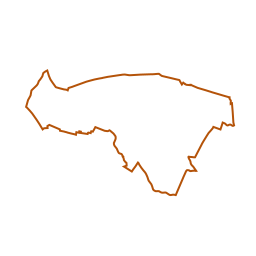 Binh Tan, Hồ Chí Minh city, Vietnam (Albers equal-area conic projection), rotated 280°
{"feature_id": "81297802B42527210401893", "entity_name": "Binh Tan", "entity_type": "district", "adm_level": 2, "iso_a3": "VNM", "parent_name": "Vietnam", "parent_adm1": "Hồ Chí Minh city", "projection": "albers", "projection_center": [106.592, 10.769], "detail": "fine", "context": "isolated", "style": "outline", "palette": "amber", "viewbox_px": 256, "rotation_deg": 280, "n_neighbors": 0, "source": "geoboundaries", "source_scale": "gbopen_adm2", "svg_char_len": 3623}
<svg xmlns="http://www.w3.org/2000/svg" viewBox="0 0 256 256"><g transform="rotate(280 128 128)"><path d="M149.0,232.0L151.8,230.8L162.0,228.3L170.4,226.1L169.8,225.0L169.7,224.9L170.5,224.7L171.7,224.7L172.8,224.5L173.7,223.7L174.7,222.8L175.9,222.7L175.9,221.5L176.5,215.9L177.0,211.6L177.8,204.5L178.0,203.2L178.7,197.7L179.5,190.7L179.6,189.7L180.5,185.9L181.0,183.8L181.3,183.0L181.4,182.6L181.5,182.5L181.4,181.9L181.0,181.9L180.7,178.3L180.8,177.6L181.1,176.6L181.3,176.6L181.5,176.2L182.0,174.8L182.2,174.5L180.2,173.5L182.8,171.3L184.0,170.4L184.2,169.9L184.2,168.8L184.3,166.9L184.6,162.2L184.9,156.7L185.1,153.3L185.2,152.4L185.2,152.1L185.3,151.9L185.4,151.7L186.3,149.9L186.6,149.3L186.7,149.1L186.7,148.8L186.6,148.5L186.5,147.9L185.5,144.2L185.0,142.0L184.7,140.3L182.8,131.3L182.0,127.9L180.4,121.2L180.2,119.9L180.1,115.6L179.6,113.4L179.0,111.7L178.6,110.4L177.7,107.7L175.4,100.8L174.9,99.3L173.0,94.4L172.8,94.1L171.7,91.0L170.0,86.7L167.7,81.7L166.4,79.0L159.8,67.5L158.9,66.0L157.1,62.5L154.6,62.1L155.0,60.8L154.9,58.1L155.3,53.2L155.6,50.2L155.8,49.7L159.7,45.7L162.3,43.2L165.5,41.1L170.6,38.5L169.3,36.8L167.5,35.1L166.3,34.9L164.1,34.7L162.9,34.2L160.5,33.1L158.6,32.0L157.2,31.8L155.5,31.4L154.1,30.7L151.9,29.1L148.5,26.6L148.1,26.4L145.5,26.4L143.2,26.4L141.6,25.9L138.7,24.9L138.1,24.7L131.1,24.0L130.5,25.0L128.0,28.3L125.6,31.2L122.9,33.9L120.1,36.7L116.8,39.8L111.8,44.2L113.1,45.3L113.6,47.1L114.0,48.8L115.9,48.3L117.4,50.0L114.8,61.1L113.5,61.5L113.4,65.7L113.3,66.4L113.2,67.7L113.2,67.9L113.1,68.8L113.0,69.0L112.7,73.1L112.5,76.8L112.3,77.9L113.5,77.9L114.9,77.9L114.8,80.5L116.3,80.6L116.2,82.2L114.9,82.2L115.1,89.3L116.0,89.4L116.4,89.5L116.5,89.7L116.6,90.0L116.5,92.1L116.8,92.1L118.4,92.4L118.3,94.0L119.0,94.2L119.9,94.6L123.2,95.7L121.2,105.5L121.3,108.0L121.4,108.7L121.8,109.3L122.5,110.1L122.2,111.0L121.8,111.6L120.0,114.7L117.9,116.9L117.3,117.3L116.5,117.5L115.2,117.7L113.6,117.4L111.5,116.9L111.1,116.8L110.7,116.7L110.3,116.8L110.0,116.9L109.5,117.0L109.0,117.3L108.4,117.6L107.8,118.2L106.4,119.8L105.5,120.7L103.9,121.7L102.2,122.9L101.7,123.5L101.6,123.9L101.5,124.3L101.4,125.0L101.3,125.5L101.3,126.0L101.2,126.2L100.7,126.7L99.8,127.4L99.0,128.2L98.7,127.9L98.0,128.6L96.8,129.2L95.8,129.5L94.4,130.9L93.4,132.5L92.4,132.8L90.7,133.2L89.3,130.8L86.5,137.6L85.8,139.3L88.3,140.4L91.7,142.1L94.6,143.3L95.7,143.8L95.3,144.4L93.7,145.6L91.2,148.0L89.1,150.3L87.1,152.7L85.7,153.9L83.0,155.7L80.5,157.0L79.6,157.6L78.2,159.1L76.6,160.8L74.6,162.0L72.2,163.2L71.4,163.9L71.0,164.7L70.6,166.0L70.7,166.9L71.1,168.9L71.1,169.6L70.4,171.4L70.2,172.8L70.4,173.9L70.9,175.6L71.0,176.4L70.8,177.1L70.1,178.7L69.4,180.4L69.3,181.3L69.5,182.1L70.2,184.0L70.3,185.5L70.2,186.7L70.4,186.8L71.2,186.9L85.8,190.3L87.9,190.8L89.3,191.1L93.6,192.2L94.4,192.4L95.2,192.6L95.8,192.8L96.6,193.3L96.9,194.2L96.9,195.0L96.9,195.4L96.8,195.8L96.7,195.9L96.5,196.3L96.4,196.7L96.4,197.0L96.5,197.5L97.1,199.1L97.2,199.7L97.4,200.2L97.5,200.8L97.5,201.7L97.5,202.3L97.6,202.6L101.2,199.0L102.5,197.2L103.2,196.5L103.8,196.1L104.4,195.8L105.1,195.6L105.6,195.4L106.2,195.1L106.8,194.7L107.3,194.3L108.2,193.5L109.3,192.8L109.8,192.6L110.2,192.6L110.3,192.7L110.3,194.1L110.5,195.9L110.6,198.3L110.8,199.1L115.0,200.4L123.9,203.2L125.6,203.7L128.3,204.7L134.1,207.0L136.5,208.0L137.2,208.3L138.6,209.2L139.9,210.0L141.6,211.0L142.5,211.5L143.1,211.7L143.9,211.9L142.6,219.3L148.7,220.2L149.8,220.3L149.4,222.2L149.1,223.0L148.0,224.6L147.8,225.3L147.9,225.9L148.6,226.8L149.1,227.8L149.1,228.6L148.5,230.0L148.3,231.0L149.0,232.0Z" fill="none" stroke="#b45309" stroke-width="2"/></g></svg>